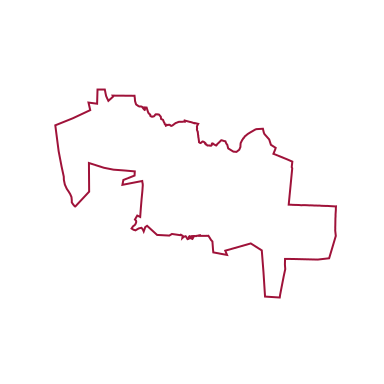 outline of Yajalón, Chiapas, Mexico, rotated 47°
{"feature_id": "50627088B12149275073321", "entity_name": "Yajalón", "entity_type": "district", "adm_level": 2, "iso_a3": "MEX", "parent_name": "Mexico", "parent_adm1": "Chiapas", "projection": "orthographic", "projection_center": [-92.339, 17.178], "detail": "fine", "context": "isolated", "style": "outline", "palette": "rose", "viewbox_px": 384, "rotation_deg": 47, "n_neighbors": 0, "source": "geoboundaries", "source_scale": "gbopen_adm2", "svg_char_len": 5847}
<svg xmlns="http://www.w3.org/2000/svg" viewBox="0 0 384 384"><g transform="rotate(47 192 192)"><path d="M334.0,136.9L328.2,127.0L322.2,116.8L317.8,113.5L316.3,112.0L315.6,111.4L314.3,110.1L309.1,105.1L307.3,103.2L307.0,103.0L306.1,102.1L303.1,98.9L302.4,98.3L300.7,96.5L300.0,97.3L298.1,99.1L297.6,99.6L294.5,102.5L293.8,103.3L292.2,104.9L290.2,106.9L289.6,107.4L289.0,107.9L287.3,109.7L285.4,111.7L284.2,112.8L282.8,114.2L282.0,115.1L280.2,116.8L278.1,118.9L277.0,120.1L276.6,120.7L276.4,120.9L275.9,121.4L275.5,121.7L274.2,122.9L270.2,127.0L269.1,128.0L268.1,129.0L267.6,129.5L267.2,129.9L243.0,102.5L241.8,102.1L238.2,97.9L232.9,100.2L219.6,106.4L217.6,102.1L216.8,100.7L211.3,102.1L206.2,99.7L199.0,99.5L197.6,99.0L196.0,98.1L194.1,97.0L189.9,102.1L189.4,103.4L188.8,106.1L188.3,108.2L187.6,111.6L187.6,112.1L187.5,112.8L187.5,113.6L187.4,115.0L187.3,115.6L187.6,116.3L187.8,116.9L187.7,118.0L188.1,119.0L188.2,119.8L189.1,122.2L189.3,122.8L189.7,123.4L190.7,124.5L192.1,125.9L193.3,128.6L193.0,132.1L190.7,134.2L188.5,134.8L187.0,135.2L184.8,135.8L181.5,134.0L180.0,133.9L177.7,133.0L176.7,133.7L176.2,134.0L175.7,134.3L175.1,134.6L174.9,134.7L174.4,135.1L174.1,135.3L174.2,138.5L174.2,139.8L174.2,141.0L174.5,141.9L174.5,142.6L174.1,142.8L173.7,142.9L173.5,143.0L173.4,143.0L173.1,143.1L172.9,143.2L172.7,143.3L172.4,143.4L171.9,143.5L171.3,143.5L171.0,143.7L170.8,143.7L170.7,143.8L170.4,143.9L170.3,144.0L170.2,144.1L170.2,144.3L170.3,144.6L170.4,144.8L170.9,145.1L171.1,145.3L171.1,145.9L171.2,146.2L171.2,146.4L170.9,146.8L170.6,147.0L170.4,147.1L170.3,147.3L170.1,147.3L169.7,147.7L168.9,148.6L168.7,148.9L168.5,149.0L168.2,149.1L167.7,149.0L167.0,149.0L166.8,149.4L166.6,149.5L166.3,149.5L165.8,149.4L165.6,149.4L165.3,149.3L165.2,148.9L164.8,148.9L164.4,149.0L164.0,149.1L163.6,149.1L163.2,149.3L162.9,149.4L162.3,149.8L162.2,150.1L162.2,150.4L162.2,150.7L162.2,151.1L162.2,151.6L162.1,152.1L162.0,152.4L161.6,152.6L161.1,152.8L160.9,152.8L160.4,152.9L160.2,152.7L157.4,150.7L157.1,150.5L156.5,150.2L156.3,149.9L155.8,149.7L155.3,149.2L155.1,149.0L154.8,148.8L154.6,148.8L152.9,147.5L152.6,147.2L152.3,147.1L151.9,146.9L151.6,146.5L150.8,146.4L150.3,146.2L149.9,145.9L149.4,145.6L148.9,144.8L148.4,144.5L148.0,144.2L147.5,143.8L147.0,142.8L146.4,141.0L143.5,142.9L143.6,143.2L143.2,143.5L141.6,144.3L140.7,144.8L139.7,145.4L139.5,145.6L138.9,146.0L138.4,146.3L136.5,147.5L135.7,148.0L134.7,148.6L135.3,149.4L135.5,149.5L134.8,150.1L134.2,151.0L133.6,151.7L133.1,152.2L132.8,152.5L132.6,152.8L131.9,153.5L131.7,153.8L131.5,154.4L131.2,154.9L131.0,155.6L130.8,156.2L130.4,156.9L130.0,160.8L129.9,161.1L129.8,161.5L129.6,161.8L129.5,162.1L129.3,162.2L129.1,162.3L128.8,162.4L128.5,162.4L128.0,162.4L127.7,162.6L127.4,162.8L127.1,162.9L126.8,163.6L126.5,164.0L125.4,164.8L125.9,165.3L125.7,165.9L124.6,165.4L124.3,165.6L124.1,165.6L123.7,165.6L123.3,165.4L122.9,165.1L121.9,164.9L121.5,164.8L121.1,164.7L120.3,164.3L119.8,164.1L119.5,164.0L119.2,164.1L118.8,164.2L118.4,164.4L118.1,164.6L117.7,164.8L117.4,164.7L116.9,164.4L116.4,164.0L115.7,163.5L115.0,163.4L114.4,163.5L113.9,163.4L113.3,163.4L113.1,163.3L112.6,163.5L112.2,163.9L111.8,164.1L111.7,164.3L111.5,164.5L111.4,164.8L111.1,164.9L110.8,165.1L110.6,165.3L110.4,165.7L110.4,166.2L110.5,166.5L110.6,167.0L110.7,167.7L110.7,168.1L110.5,168.7L110.4,168.8L110.2,168.9L110.1,169.1L109.9,169.4L109.9,169.6L109.7,169.7L109.4,170.1L109.1,170.1L108.8,170.3L108.5,170.5L108.1,170.6L107.8,170.5L107.2,170.1L107.1,169.9L106.9,169.8L106.6,169.8L106.4,169.8L105.8,170.0L105.5,170.0L105.2,170.0L104.9,170.0L104.7,170.0L104.6,169.9L104.4,169.8L104.0,169.8L102.4,169.1L101.2,168.5L100.5,168.2L99.3,167.6L98.5,168.3L97.8,169.0L98.9,169.5L99.3,170.1L100.4,170.7L99.8,170.7L98.0,170.7L97.0,170.6L96.0,170.4L95.5,170.5L95.4,170.6L94.9,170.8L94.7,170.9L94.6,171.0L94.4,171.2L94.1,171.6L94.0,171.8L93.5,172.2L93.1,172.4L92.9,172.4L92.6,172.6L92.0,172.7L91.9,172.7L91.7,172.8L91.4,172.8L91.0,172.9L90.5,173.1L89.7,173.1L88.4,172.5L86.6,171.6L84.6,170.0L82.4,168.4L81.5,169.4L72.3,179.1L67.4,184.3L68.4,184.6L68.4,187.1L68.3,191.0L65.1,190.0L63.4,189.4L61.3,188.2L58.9,186.7L57.6,185.9L52.6,191.2L62.7,201.2L56.0,206.7L62.7,210.6L56.8,228.9L50.0,246.5L71.2,261.7L84.4,270.0L93.3,275.3L95.7,277.4L99.8,279.9L104.2,281.4L107.4,281.9L110.4,282.5L113.5,283.6L116.0,285.5L117.6,287.0L120.0,287.4L122.1,287.5L122.8,287.4L123.0,287.2L121.6,267.0L100.5,247.6L114.2,239.9L122.1,234.2L130.0,226.9L137.9,219.8L140.8,222.8L136.4,234.0L139.3,238.0L150.0,220.9L151.4,221.9L152.3,222.4L153.5,223.4L157.6,227.8L162.9,233.8L168.8,240.3L174.9,246.9L171.9,248.1L173.2,252.5L174.8,252.5L175.5,252.9L176.3,253.8L176.5,254.4L176.9,255.2L177.1,256.1L177.1,256.8L176.9,258.4L176.9,258.7L177.5,261.1L178.3,260.9L178.9,260.7L179.5,260.6L179.8,260.4L180.2,260.3L180.5,260.1L180.7,259.9L181.5,259.5L182.3,255.8L183.7,253.4L184.7,253.4L186.1,253.6L186.8,253.8L187.9,254.2L185.8,250.1L186.1,247.9L199.6,246.8L208.4,238.3L209.0,235.3L215.6,230.0L215.6,229.3L217.7,228.7L219.1,230.5L219.1,228.6L220.0,226.8L221.0,226.9L223.4,227.4L223.5,227.1L223.7,226.9L223.8,226.7L224.0,226.3L224.0,226.1L223.7,225.8L223.5,225.7L223.4,225.5L223.2,225.3L223.1,225.2L222.9,225.1L222.7,224.9L222.6,223.9L224.0,223.1L224.7,224.6L226.6,223.7L226.0,221.7L223.7,222.6L225.8,220.3L226.0,220.1L226.2,219.8L226.4,219.7L226.6,219.5L226.9,219.3L227.1,219.1L227.3,218.7L227.3,218.4L227.5,218.2L227.8,217.8L228.0,217.3L228.8,216.0L229.1,216.5L233.1,212.2L233.8,211.5L234.2,210.9L234.5,210.7L235.4,210.0L235.4,209.9L237.2,210.2L240.1,210.8L242.1,210.8L248.2,215.7L250.7,217.6L254.2,215.0L254.3,214.9L256.0,213.7L261.9,209.3L257.6,207.7L269.7,184.1L282.3,180.8L299.5,194.5L318.3,209.9L329.0,199.8L327.3,197.7L321.7,190.0L315.9,182.0L312.0,176.4L308.4,173.5L304.4,169.6L309.6,164.1L327.2,146.1L334.0,136.9Z" fill="none" stroke="#9f1239" stroke-width="2"/></g></svg>